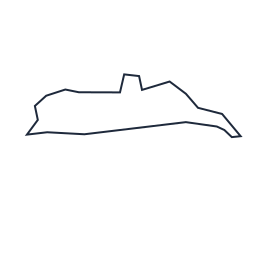 the Municipality of Rojas, rotated 142°
{"feature_id": "LVA-5722", "entity_name": "Rojas", "entity_type": "Municipality", "adm_level": 1, "iso_a3": "LVA", "parent_name": "Latvia", "parent_adm1": "", "projection": "robinson", "projection_center": [22.732, 57.524], "detail": "fine", "context": "isolated", "style": "outline", "palette": "slate", "viewbox_px": 256, "rotation_deg": 142, "n_neighbors": 0, "source": "natural_earth", "source_scale": "10m", "svg_char_len": 410}
<svg xmlns="http://www.w3.org/2000/svg" viewBox="0 0 256 256"><g transform="rotate(142 128 128)"><path d="M51.8,56.9L53.3,67.1L57.1,74.5L78.8,97.0L166.2,149.9L194.3,174.4L211.7,185.0L194.1,189.9L187.8,202.7L172.6,203.8L153.7,196.9L144.7,186.4L112.4,161.0L98.0,172.6L87.3,162.1L93.5,149.4L66.6,139.0L61.3,119.3L60.4,100.8L45.2,81.1L44.3,52.2L51.8,56.9Z" fill="none" stroke="#1e293b" stroke-width="2"/></g></svg>